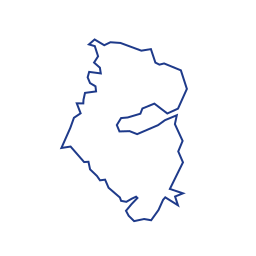 Gothèye, Tillabéri, Niger (Natural Earth projection), rotated 160°
{"feature_id": "23599985B45142923275636", "entity_name": "Gothèye", "entity_type": "district", "adm_level": 2, "iso_a3": "NER", "parent_name": "Niger", "parent_adm1": "Tillabéri", "projection": "natural_earth1", "projection_center": [1.28, 13.795], "detail": "fine", "context": "isolated", "style": "outline", "palette": "blue", "viewbox_px": 256, "rotation_deg": 160, "n_neighbors": 0, "source": "geoboundaries", "source_scale": "gbopen_adm2", "svg_char_len": 1033}
<svg xmlns="http://www.w3.org/2000/svg" viewBox="0 0 256 256"><g transform="rotate(160 128 128)"><path d="M58.6,164.1L72.0,176.3L76.8,176.8L79.9,180.1L79.5,194.3L89.0,196.1L106.0,210.5L115.2,214.6L122.0,213.9L129.1,222.6L136.1,219.9L131.2,216.3L131.6,205.6L137.5,201.1L133.8,194.3L134.9,188.6L145.3,194.0L148.6,189.4L148.3,183.2L144.3,178.3L145.5,173.3L156.4,175.7L160.2,169.7L161.6,166.4L167.7,168.7L167.5,158.0L175.3,156.1L182.2,147.8L197.4,132.0L188.3,130.2L180.9,111.0L176.7,109.8L177.8,102.1L173.6,93.6L172.2,88.4L167.2,87.3L166.7,78.5L159.4,65.5L159.4,61.9L154.8,59.2L148.5,60.3L143.9,60.7L143.1,59.0L150.8,55.2L158.2,50.9L157.4,45.3L154.1,38.4L144.1,37.0L137.8,33.4L127.4,40.5L119.6,48.5L116.7,50.1L107.5,38.3L107.2,47.5L98.7,47.8L109.5,56.4L88.1,76.9L88.8,88.8L81.1,97.2L82.6,115.6L77.8,123.3L90.6,122.7L98.8,120.4L121.5,119.1L127.6,124.5L137.2,127.7L137.5,134.6L131.1,139.7L124.7,138.0L111.5,137.2L107.8,141.4L94.9,141.9L86.1,128.2L74.4,129.1L59.3,144.6L58.6,164.1Z" fill="none" stroke="#1e3a8a" stroke-width="2"/></g></svg>